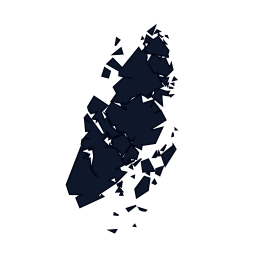 Kepulauan Aru, Maluku, Indonesia (Mercator projection), rotated 10°
{"feature_id": "22746128B17511076551422", "entity_name": "Kepulauan Aru", "entity_type": "district", "adm_level": 2, "iso_a3": "IDN", "parent_name": "Indonesia", "parent_adm1": "Maluku", "projection": "mercator", "projection_center": [134.564, -6.213], "detail": "fine", "context": "isolated", "style": "filled", "palette": "ink", "viewbox_px": 256, "rotation_deg": 10, "n_neighbors": 0, "source": "geoboundaries", "source_scale": "gbopen_adm2", "svg_char_len": 5987}
<svg xmlns="http://www.w3.org/2000/svg" viewBox="0 0 256 256"><g transform="rotate(10 128 128)"><path d="M85.5,121.6L83.3,125.6L90.1,129.6L83.7,126.4L87.0,138.6L91.2,137.4L85.1,147.8L85.9,147.9L87.1,146.3L88.1,145.6L88.9,145.2L89.8,145.2L90.2,145.6L90.4,146.0L90.6,146.0L90.5,145.7L90.6,145.4L90.8,145.1L91.0,145.0L91.3,145.1L90.6,146.1L87.5,146.1L85.6,149.0L84.9,148.2L84.9,152.0L87.7,157.5L95.9,153.1L92.9,156.8L97.0,155.0L99.4,161.9L99.1,175.1L100.6,175.4L102.1,178.4L104.0,178.5L105.1,180.7L107.1,181.1L105.1,181.0L101.4,178.5L98.4,174.5L95.8,164.3L93.1,165.8L94.9,160.1L88.8,165.9L92.6,160.0L87.2,159.6L84.9,155.5L77.2,194.6L82.0,203.4L93.8,201.6L89.0,205.9L94.5,214.6L115.9,199.7L113.6,198.5L113.1,200.9L112.7,201.3L112.1,201.6L110.3,198.8L125.4,184.3L118.6,182.7L123.8,178.6L126.2,183.4L134.1,171.9L128.5,171.7L127.1,169.6L125.1,170.5L123.7,170.8L123.2,170.6L130.9,164.7L128.0,160.8L126.7,156.3L124.6,156.4L119.1,149.7L114.8,150.4L112.9,147.4L112.8,149.6L108.5,152.1L111.4,148.6L106.5,145.2L105.9,143.8L106.1,141.5L107.9,138.5L107.1,137.3L103.6,139.0L85.5,121.6ZM137.9,101.5L134.7,92.6L122.5,104.6L120.7,105.3L119.5,105.3L116.4,104.6L118.5,108.0L118.9,108.2L120.3,108.2L121.4,108.5L121.8,108.7L122.0,109.3L122.2,109.0L123.8,110.5L107.4,105.8L103.3,115.7L105.2,117.4L105.3,118.7L104.7,119.7L108.2,122.8L112.1,128.6L114.8,127.4L118.5,133.1L126.5,133.1L132.9,140.9L135.7,137.0L135.8,144.0L144.9,146.8L144.7,142.6L157.5,138.3L162.0,121.3L153.4,125.4L152.1,125.3L151.4,125.0L151.2,124.8L163.9,113.6L157.3,105.1L153.3,108.7L151.9,108.7L156.7,104.9L148.8,97.7L146.6,104.3L148.8,95.6L137.9,101.5ZM123.6,78.6L115.5,78.4L106.5,90.2L111.0,95.9L106.9,104.7L122.1,104.5L126.7,97.1L134.5,92.4L140.5,94.0L143.1,89.9L145.2,87.9L155.6,80.5L153.7,79.2L152.9,78.2L152.7,76.6L152.8,75.7L151.2,75.3L148.7,72.2L149.4,69.5L148.0,69.9L146.7,68.3L144.1,69.7L135.9,60.7L134.4,57.9L134.3,55.5L134.5,55.2L133.5,52.3L133.7,50.6L133.0,49.6L132.0,50.5L130.9,49.4L130.9,46.6L128.1,50.6L124.6,46.9L111.9,69.9L101.0,62.1L96.2,68.6L109.7,73.4L110.0,78.0L123.6,78.6ZM89.1,102.8L84.7,114.3L86.3,117.6L89.0,120.3L94.8,117.6L91.1,125.2L96.7,125.1L105.3,136.2L108.4,135.3L114.2,141.0L115.9,139.2L124.3,134.6L117.7,133.4L111.2,129.2L105.5,121.5L103.4,124.2L98.7,116.8L104.2,109.4L89.1,102.8ZM139.2,51.3L136.0,60.6L144.2,69.3L146.9,68.0L148.2,69.7L148.6,69.2L153.1,69.6L156.0,71.6L162.0,62.9L159.4,56.8L159.1,58.8L157.5,60.0L152.5,52.5L149.7,54.5L148.4,51.9L147.0,53.9L147.1,52.8L144.8,52.7L143.1,51.1L141.6,51.8L141.4,51.0L140.8,51.5L139.2,51.3ZM133.9,41.6L132.8,44.1L131.1,49.2L133.2,49.4L134.1,51.1L154.0,50.7L154.7,44.7L141.9,32.6L137.5,36.8L130.4,33.3L129.4,41.2L132.3,40.4L133.9,41.5L134.3,40.3L134.7,40.3L133.9,41.6ZM124.8,135.0L114.4,141.8L114.3,143.6L114.5,143.6L114.8,143.9L115.6,144.8L115.8,145.5L115.9,146.2L115.7,146.9L115.2,147.8L115.1,148.4L114.7,148.9L114.8,149.7L119.4,149.7L127.7,155.9L134.3,142.7L124.8,135.0ZM158.2,173.8L152.5,172.9L145.5,187.0L148.6,195.3L158.6,185.9L158.2,173.8ZM142.6,150.4L134.3,143.5L128.1,160.5L132.0,163.9L133.6,161.5L133.4,160.6L133.5,159.9L133.7,159.6L134.1,159.4L136.1,160.0L135.3,157.3L141.8,157.4L142.6,150.4ZM175.3,137.9L165.6,148.8L171.2,159.1L178.8,140.6L175.4,136.5L175.5,138.2L174.6,140.2L173.4,141.1L173.7,143.6L173.2,140.9L175.3,137.9ZM160.1,85.5L150.8,84.0L147.7,86.7L148.2,87.3L148.4,89.9L145.7,92.8L158.0,99.9L155.2,89.2L162.7,89.1L160.1,85.5ZM161.6,165.8L153.4,155.1L147.2,159.0L150.3,168.7L161.6,165.8ZM156.7,72.4L149.0,72.2L157.8,79.7L159.1,71.5L156.7,72.4ZM94.6,72.7L93.4,81.4L99.9,81.9L100.7,75.2L94.6,72.7ZM135.4,32.1L137.2,22.6L130.8,29.4L135.4,32.1ZM110.0,55.9L107.2,50.4L100.3,58.2L110.0,55.9ZM169.3,159.8L162.8,163.3L163.3,167.9L167.5,169.3L169.3,159.8ZM140.3,158.8L136.8,160.3L133.8,159.6L133.7,161.6L132.1,165.3L140.3,158.8ZM141.6,164.0L146.5,155.8L139.8,162.7L140.0,162.8L140.5,163.2L140.9,163.9L141.6,164.0ZM145.2,91.3L145.7,87.8L140.8,94.4L142.6,95.2L145.2,91.3ZM101.2,49.2L104.6,42.8L101.2,41.3L101.2,49.2ZM133.8,191.7L129.7,188.1L127.5,193.0L133.8,191.7ZM166.7,144.2L168.5,137.7L164.5,144.0L166.7,144.2ZM157.5,152.6L160.5,152.0L160.3,145.1L157.5,152.6ZM134.3,230.2L127.5,231.9L133.0,233.4L134.3,230.2ZM142.9,210.0L149.5,202.9L140.5,207.6L142.9,210.0ZM106.1,143.6L108.9,139.8L108.1,139.0L106.1,143.6ZM139.6,167.4L138.0,163.5L136.2,166.4L139.6,167.4ZM131.6,187.1L131.4,181.1L129.3,186.3L131.6,187.1ZM163.0,174.2L161.5,177.8L164.4,178.7L165.5,177.6L163.0,174.2ZM134.5,195.0L132.7,192.0L131.7,195.5L134.5,195.0ZM142.7,27.4L139.6,26.4L137.8,30.1L142.7,27.4ZM161.8,150.3L164.4,149.5L162.4,145.9L161.8,150.3ZM167.4,71.9L164.7,70.1L163.8,73.5L167.4,71.9ZM133.8,215.6L129.3,214.0L129.3,215.9L133.8,215.6ZM127.8,37.4L126.4,36.0L126.0,38.2L127.8,37.4ZM110.4,138.7L107.1,136.1L110.7,141.1L110.4,138.7ZM160.3,205.7L152.5,204.7L153.9,206.3L155.9,206.8L159.5,206.8L160.3,205.7ZM157.2,170.4L156.8,167.3L154.3,169.3L157.2,170.4ZM140.2,175.1L142.6,176.1L142.5,173.7L140.2,175.1ZM165.8,80.9L161.8,80.6L162.0,81.4L165.8,80.9ZM174.0,128.0L173.0,124.6L172.8,128.6L174.0,128.0ZM143.8,31.7L141.7,29.8L141.7,31.1L143.8,31.7ZM105.2,118.3L102.5,117.5L104.6,119.7L105.2,118.3ZM148.9,38.4L151.0,38.5L148.3,36.0L148.9,38.4ZM111.2,142.6L113.4,141.2L111.5,140.1L111.2,142.6ZM114.0,145.7L115.8,146.2L114.4,143.7L114.0,145.7ZM128.3,186.9L129.6,183.5L127.2,185.3L128.3,186.9ZM143.6,94.4L145.4,92.6L145.5,91.4L143.6,94.4ZM166.5,87.6L163.9,88.2L164.7,89.7L166.5,87.6ZM133.0,141.0L135.0,140.5L135.6,138.4L133.0,141.0ZM150.5,223.5L152.5,223.5L151.5,222.0L150.5,223.5ZM150.4,30.3L148.3,30.6L151.3,31.7L150.4,30.3ZM155.4,51.1L154.4,48.7L153.9,51.4L155.4,51.1ZM176.2,121.3L174.6,120.3L174.9,121.6L176.2,121.3ZM130.2,43.5L129.1,41.3L128.7,42.5L130.2,43.5ZM159.8,79.5L159.9,77.0L159.0,78.1L159.8,79.5ZM165.2,76.0L163.3,76.8L165.5,77.7L165.2,76.0ZM132.1,44.9L130.1,45.5L131.3,45.7L132.1,44.9ZM162.3,84.8L160.2,85.2L161.8,86.3L162.3,84.8ZM95.9,127.2L96.8,125.8L95.8,125.9L95.9,127.2ZM145.9,32.1L144.3,31.7L145.2,32.6L145.9,32.1Z" fill="#0f172a" stroke="#020617" stroke-width="1.5"/></g></svg>